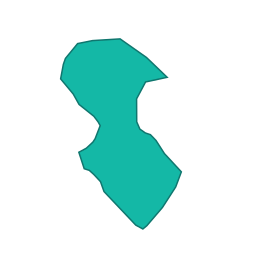 Gorišnica, Equal Earth projection, rotated 335°
{"feature_id": "SVN-1041", "entity_name": "Gorišnica", "entity_type": "Municipality", "adm_level": 1, "iso_a3": "SVN", "parent_name": "Slovenia", "parent_adm1": "", "projection": "equal_earth", "projection_center": [16.012, 46.363], "detail": "fine", "context": "isolated", "style": "filled", "palette": "teal", "viewbox_px": 256, "rotation_deg": 335, "n_neighbors": 0, "source": "natural_earth", "source_scale": "10m", "svg_char_len": 612}
<svg xmlns="http://www.w3.org/2000/svg" viewBox="0 0 256 256"><g transform="rotate(335 128 128)"><path d="M157.8,190.3L146.3,201.6L125.6,214.6L103.8,224.5L98.8,225.8L98.5,225.4L94.0,219.3L79.4,175.5L80.4,165.0L77.4,155.7L75.0,150.0L71.1,146.4L73.2,129.2L81.7,128.7L90.3,125.9L93.7,123.8L103.8,114.1L103.5,109.9L102.0,102.9L93.6,86.0L92.7,74.0L87.7,55.0L96.3,43.0L100.7,38.5L118.0,30.2L132.8,33.8L158.5,43.9L174.6,72.0L184.9,98.6L163.4,93.7L148.1,105.2L138.5,126.1L138.3,134.0L141.6,139.8L145.5,143.5L148.1,151.1L150.2,166.6L157.6,189.6L157.8,190.3Z" fill="#14b8a6" stroke="#0f766e" stroke-width="1.5"/></g></svg>